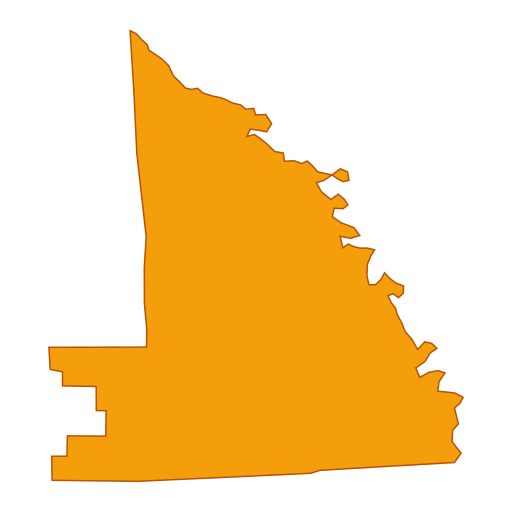 outline of Nova Prata, Rio Grande do Sul, Brazil
{"feature_id": "56859067B11495971220999", "entity_name": "Nova Prata", "entity_type": "district", "adm_level": 2, "iso_a3": "BRA", "parent_name": "Brazil", "parent_adm1": "Rio Grande do Sul", "projection": "orthographic", "projection_center": [-51.583, -28.732], "detail": "fine", "context": "isolated", "style": "filled", "palette": "amber", "viewbox_px": 512, "rotation_deg": 0, "n_neighbors": 0, "source": "geoboundaries", "source_scale": "gbopen_adm2", "svg_char_len": 1773}
<svg xmlns="http://www.w3.org/2000/svg" viewBox="0 0 512 512"><path d="M271.6,123.7L265.7,114.5L255.6,114.9L253.8,108.4L245.8,109.3L240.7,104.9L232.4,103.0L224.6,99.1L218.5,97.2L213.0,96.2L203.3,93.2L197.5,88.3L191.5,89.4L185.3,88.0L179.9,82.2L173.4,75.9L168.7,65.7L162.4,59.5L156.5,55.2L149.1,50.4L147.2,44.6L141.3,39.3L136.4,33.8L130.1,30.7L134.1,95.5L136.8,153.2L138.7,170.2L146.2,236.6L144.3,267.2L144.4,303.5L146.8,329.5L146.5,347.1L48.9,347.3L50.2,369.4L62.4,371.8L62.6,385.9L96.2,386.5L96.3,410.6L106.1,410.7L105.8,436.1L67.4,435.9L66.9,456.2L51.7,456.2L52.1,480.3L138.2,481.3L310.6,473.3L320.1,470.3L327.9,469.9L375.9,467.0L454.4,462.5L461.1,453.1L456.3,447.2L452.1,441.5L452.6,430.3L458.4,423.8L454.5,408.2L460.2,402.9L463.1,397.4L454.8,393.0L445.3,391.9L437.8,391.3L439.0,381.7L445.0,372.9L437.9,370.6L428.7,372.4L419.8,377.4L415.8,367.9L425.1,361.4L430.2,352.9L436.9,348.3L431.6,343.4L424.8,341.8L417.7,349.5L412.2,339.7L405.2,331.6L401.9,323.2L397.2,314.6L395.5,308.1L391.3,302.8L387.9,295.5L393.4,293.8L398.4,297.7L403.3,293.2L403.5,286.0L395.9,283.0L389.7,278.4L384.5,272.8L381.1,279.4L375.4,284.7L368.9,284.7L366.9,275.6L367.4,264.3L370.8,255.9L374.6,249.8L367.2,248.1L359.7,248.1L353.5,246.5L348.1,244.1L342.8,247.8L340.1,236.3L350.5,238.3L359.7,235.5L354.0,227.7L340.9,222.7L332.3,216.6L334.2,208.2L343.0,208.7L347.9,205.0L344.3,199.3L338.2,194.2L330.9,199.6L321.4,191.8L316.3,182.7L323.8,180.5L332.0,174.9L324.6,173.4L317.7,171.8L312.2,165.6L307.3,161.0L301.7,163.6L294.5,160.8L284.4,161.2L283.3,153.0L274.7,151.5L266.6,143.7L259.7,138.2L254.4,134.5L247.0,136.5L250.2,129.1L259.4,130.4L266.6,131.8L271.6,123.7ZM332.0,174.9L337.2,178.6L343.0,181.6L349.0,180.3L347.5,171.8L340.3,168.8L332.0,174.9Z" fill="#f59e0b" stroke="#b45309" stroke-width="1.5"/></svg>